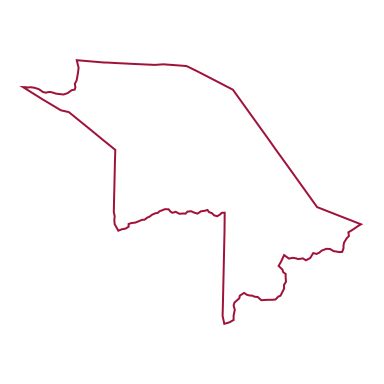 the district of Brejo Santo, Ceará, Brazil
{"feature_id": "56859067B35872262147230", "entity_name": "Brejo Santo", "entity_type": "district", "adm_level": 2, "iso_a3": "BRA", "parent_name": "Brazil", "parent_adm1": "Ceará", "projection": "orthographic", "projection_center": [-38.931, -7.585], "detail": "fine", "context": "isolated", "style": "outline", "palette": "rose", "viewbox_px": 384, "rotation_deg": 0, "n_neighbors": 0, "source": "geoboundaries", "source_scale": "gbopen_adm2", "svg_char_len": 1965}
<svg xmlns="http://www.w3.org/2000/svg" viewBox="0 0 384 384"><path d="M76.8,60.2L77.9,65.1L78.6,67.7L78.3,70.2L77.9,73.4L76.6,80.5L74.8,83.8L75.4,87.3L74.7,89.6L71.7,90.2L67.7,93.1L63.5,94.5L59.8,94.1L55.9,93.6L53.5,92.8L50.5,92.0L48.2,92.1L45.8,92.7L42.7,91.9L40.4,90.2L38.4,89.0L34.1,87.7L30.5,87.2L28.0,87.5L25.7,87.2L23.0,87.1L42.6,99.4L60.9,110.3L68.8,112.1L91.5,130.5L99.9,137.4L102.3,139.4L115.3,149.9L115.1,156.8L115.0,159.2L114.4,186.1L114.0,202.5L113.8,212.0L114.7,216.3L114.3,220.3L114.7,224.2L118.3,230.7L121.8,229.3L125.6,228.6L128.6,226.7L128.6,224.0L131.5,223.0L135.3,222.6L138.6,221.3L142.1,219.8L144.6,219.7L147.1,217.7L149.5,216.7L152.1,214.7L155.3,213.3L157.7,212.9L159.8,211.1L162.2,210.3L164.8,209.2L168.6,209.3L170.5,211.6L172.5,212.8L175.7,211.8L179.4,213.8L182.7,213.5L185.6,213.6L187.3,211.7L190.9,211.2L194.7,212.8L197.5,213.6L201.0,211.3L204.6,210.8L207.5,210.0L209.1,212.2L211.8,213.1L214.2,215.4L217.2,216.2L219.8,214.7L221.8,212.8L224.7,212.7L224.5,232.0L222.9,304.3L222.6,316.0L224.3,323.8L229.3,322.4L233.6,320.0L233.6,315.7L234.2,312.6L234.8,309.9L233.6,305.3L234.5,302.5L239.3,298.3L239.8,295.7L244.1,292.9L246.7,294.7L249.5,295.5L252.1,295.6L254.6,296.7L257.7,297.0L261.3,300.2L267.5,299.8L272.0,299.8L275.5,299.5L278.3,296.6L280.5,295.7L282.7,291.4L284.1,288.5L284.0,284.9L286.0,281.7L285.6,276.9L285.7,274.0L283.2,272.1L282.4,269.6L278.6,265.9L281.1,261.6L284.1,255.1L289.0,258.6L292.7,257.8L295.9,258.3L298.2,259.1L302.9,258.4L306.0,260.3L310.2,258.0L313.2,253.1L316.6,253.9L319.3,252.6L321.7,250.6L326.5,248.8L330.1,249.0L333.5,251.1L336.7,251.6L339.3,252.1L342.2,251.9L343.5,248.3L343.5,245.6L344.1,242.5L346.7,238.3L348.9,236.0L348.4,232.3L350.8,230.9L354.8,228.3L357.9,226.1L361.0,224.3L317.1,207.1L286.2,164.0L275.5,149.2L268.1,138.7L254.8,120.2L232.9,89.7L196.9,71.1L186.6,66.1L183.6,65.8L163.3,64.3L154.8,64.9L133.1,63.9L115.0,63.0L108.4,62.6L103.8,62.5L76.8,60.2Z" fill="none" stroke="#9f1239" stroke-width="2"/></svg>